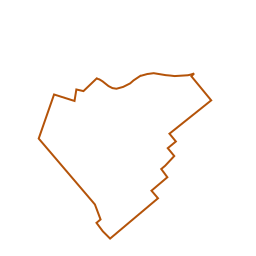 Floyd, Indiana, United States of America (Equal Earth projection), rotated 230°
{"feature_id": "52423323B55825448970997", "entity_name": "Floyd", "entity_type": "district", "adm_level": 2, "iso_a3": "USA", "parent_name": "United States of America", "parent_adm1": "Indiana", "projection": "equal_earth", "projection_center": [-85.894, 38.3], "detail": "fine", "context": "isolated", "style": "outline", "palette": "amber", "viewbox_px": 256, "rotation_deg": 230, "n_neighbors": 0, "source": "geoboundaries", "source_scale": "gbopen_adm2", "svg_char_len": 693}
<svg xmlns="http://www.w3.org/2000/svg" viewBox="0 0 256 256"><g transform="rotate(230 128 128)"><path d="M75.6,42.9L65.0,42.3L54.8,43.2L54.9,105.8L64.9,105.7L65.0,126.5L75.2,127.1L75.2,132.2L76.8,145.4L87.0,145.5L86.9,156.0L97.0,156.1L95.7,209.5L126.8,209.8L127.3,213.7L128.4,210.8L129.9,207.8L137.8,197.1L141.0,194.1L141.7,193.4L142.4,192.7L144.2,190.9L153.5,182.9L156.6,178.0L156.8,177.8L159.9,171.0L160.0,171.0L160.9,162.8L160.8,158.3L162.6,150.7L165.5,144.4L168.6,141.7L172.7,140.0L180.1,138.5L183.7,137.3L184.8,136.5L186.1,136.0L184.9,117.6L190.7,113.2L183.1,104.4L201.2,92.9L177.3,52.8L116.0,53.3L90.7,53.5L75.6,48.2L75.6,42.9Z" fill="none" stroke="#b45309" stroke-width="2"/></g></svg>